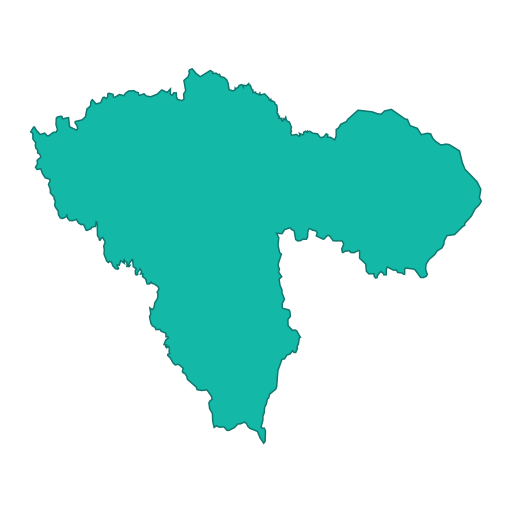 the district of 'Maoa-Mafubelu, Leribe, Lesotho
{"feature_id": "5366337B41194073686106", "entity_name": "'Maoa-Mafubelu", "entity_type": "district", "adm_level": 2, "iso_a3": "LSO", "parent_name": "Lesotho", "parent_adm1": "Leribe", "projection": "equal_earth", "projection_center": [28.202, -28.958], "detail": "fine", "context": "isolated", "style": "filled", "palette": "teal", "viewbox_px": 512, "rotation_deg": 0, "n_neighbors": 0, "source": "geoboundaries", "source_scale": "gbopen_adm2", "svg_char_len": 5969}
<svg xmlns="http://www.w3.org/2000/svg" viewBox="0 0 512 512"><path d="M481.3,201.3L479.4,197.8L480.8,189.3L477.0,181.7L464.9,169.2L462.2,162.3L459.5,150.9L449.2,144.6L446.1,144.1L440.8,145.0L435.4,141.2L432.8,138.4L430.6,133.8L427.4,133.3L421.2,134.6L417.3,128.3L410.1,125.7L407.4,119.4L405.2,119.1L391.4,109.4L384.7,110.9L381.2,114.2L378.0,113.9L372.0,111.8L358.0,110.2L347.8,119.4L346.4,121.6L340.8,124.2L338.5,128.0L336.2,129.5L336.2,136.1L334.6,139.9L330.6,137.3L327.5,137.2L327.8,134.7L326.2,133.8L323.8,136.9L321.2,137.6L319.8,137.0L317.5,133.8L312.6,133.2L310.0,131.3L308.5,131.9L307.6,131.0L306.7,132.3L305.6,131.2L303.8,132.1L303.4,134.2L302.7,134.9L299.4,133.3L300.0,135.7L299.2,136.3L296.3,134.4L291.9,135.4L290.5,132.7L291.5,131.3L290.8,129.2L291.5,127.4L289.4,122.1L286.7,120.8L285.7,117.2L284.6,119.5L283.2,118.6L283.1,120.7L282.5,121.1L281.5,120.1L281.2,118.3L279.0,118.3L279.4,116.2L277.9,115.4L278.1,114.1L276.9,112.9L277.4,110.5L276.8,105.3L275.0,104.0L274.7,102.3L272.2,100.8L271.1,101.1L270.8,99.2L269.3,100.0L268.7,98.1L264.7,93.9L260.1,95.0L259.8,93.1L258.7,94.5L255.9,93.3L255.5,92.1L252.9,92.6L253.0,90.2L251.9,89.6L250.3,85.2L248.8,84.8L248.7,83.6L246.5,85.7L243.6,85.3L243.3,86.9L242.7,85.2L241.4,84.6L239.2,85.4L238.4,87.0L235.7,88.9L235.2,88.2L235.1,89.7L233.1,90.9L229.1,89.7L228.1,83.3L226.7,79.9L224.0,77.4L220.5,76.7L219.5,74.3L218.1,74.7L216.2,73.2L212.7,73.4L212.8,72.1L210.3,70.5L200.3,76.7L196.0,73.4L192.2,68.8L189.6,69.8L188.9,71.1L189.4,73.3L188.0,76.9L183.9,80.5L185.7,90.7L183.6,94.0L184.0,99.0L182.0,100.6L177.5,99.4L176.4,96.7L176.3,92.9L173.7,92.8L172.2,95.3L170.3,94.3L170.5,88.9L167.1,92.4L161.8,89.9L157.2,94.2L150.6,96.8L146.3,96.0L144.0,93.8L139.7,95.3L138.9,95.0L138.2,92.6L135.5,91.9L134.2,90.7L128.6,91.0L125.7,93.1L123.8,95.7L119.4,94.5L114.5,97.5L113.4,96.7L113.0,94.4L109.0,93.2L107.7,94.0L107.8,96.5L106.4,98.6L104.4,97.2L103.0,97.5L100.6,102.8L96.0,103.9L92.4,99.7L91.7,100.3L90.8,102.1L90.5,106.0L87.0,108.9L85.4,116.9L82.0,119.9L75.3,121.5L75.1,122.8L77.0,125.7L77.7,128.4L76.6,130.1L69.6,126.8L68.5,117.6L62.5,118.8L62.0,116.6L61.0,116.2L57.4,117.0L56.3,118.2L56.0,124.7L57.5,129.5L56.2,132.1L53.2,132.4L48.7,135.8L47.2,135.8L44.7,133.1L40.2,134.5L36.0,129.8L34.6,127.1L33.6,127.1L30.7,131.9L32.8,133.4L32.9,138.9L35.8,142.9L35.3,145.1L35.8,148.1L37.8,150.5L37.6,152.9L39.8,154.2L40.9,157.1L37.1,160.3L37.5,163.9L35.5,167.2L37.0,169.5L40.7,168.8L42.5,173.6L45.2,177.8L49.8,179.3L50.0,180.8L48.5,184.5L50.4,189.6L50.3,192.8L54.4,197.5L54.1,199.0L55.3,200.9L54.7,204.9L55.2,206.8L58.2,211.2L58.5,214.8L60.3,217.9L62.1,218.5L63.9,218.0L66.0,216.8L66.8,215.2L67.7,218.4L69.7,220.6L72.6,220.7L76.4,219.4L78.5,223.0L81.2,224.7L82.7,224.2L83.9,225.1L86.2,230.3L87.1,230.4L91.0,228.7L91.8,227.2L95.4,226.4L96.1,221.7L96.9,222.3L97.2,224.6L97.5,235.6L99.2,238.2L99.3,239.9L100.0,240.3L101.7,237.8L102.7,237.5L105.2,242.0L103.7,246.2L104.3,249.5L104.0,253.9L106.5,260.6L107.5,261.9L108.5,262.5L109.6,261.3L111.5,262.3L112.8,265.7L115.4,268.7L117.9,269.2L118.6,268.3L117.0,265.8L117.1,264.6L119.3,265.3L120.6,260.7L124.3,263.3L123.6,260.8L124.2,259.7L125.0,261.7L126.5,261.8L127.2,264.5L126.8,266.4L129.1,266.6L130.0,265.3L128.8,265.3L128.6,264.3L132.1,259.5L132.6,259.6L133.3,266.7L136.3,268.8L135.2,270.9L135.6,274.5L136.5,275.0L137.8,274.2L137.5,272.5L140.1,268.9L141.6,271.7L140.5,274.0L142.9,273.8L142.6,276.6L145.6,279.0L147.1,283.9L149.6,283.9L151.0,282.0L152.0,283.4L154.1,283.8L158.1,286.7L159.0,289.1L157.1,292.2L157.9,293.7L157.8,296.8L157.3,298.8L154.8,302.7L154.0,307.4L152.4,309.7L149.8,307.9L150.8,313.7L149.5,316.8L151.0,323.6L152.4,325.8L154.9,327.2L155.9,329.6L160.0,329.4L161.1,331.2L165.9,333.2L166.0,336.9L167.9,336.5L168.4,337.8L165.7,340.1L164.0,344.6L166.7,345.2L165.6,346.3L166.5,347.8L168.5,346.4L169.3,348.1L169.1,352.1L169.8,353.6L167.7,354.4L167.7,355.4L170.3,358.0L173.2,363.1L175.3,365.0L177.8,364.3L179.2,364.8L183.2,368.3L182.4,371.6L183.2,372.9L184.8,373.4L186.8,376.4L187.4,379.3L196.4,387.2L197.1,389.7L201.7,390.5L207.0,389.9L211.5,396.4L212.2,399.5L210.1,400.7L208.9,402.8L209.6,408.6L212.4,413.5L212.7,420.9L214.1,427.4L216.6,425.8L219.3,427.2L224.1,426.9L226.8,430.2L228.6,430.5L234.4,427.6L237.9,423.9L240.2,423.9L244.6,422.1L246.8,423.9L247.7,426.1L249.9,428.4L257.4,431.3L260.1,437.9L263.7,443.2L265.1,441.4L265.5,430.9L264.2,428.1L262.9,428.4L261.0,427.2L262.9,420.2L262.9,416.2L264.2,412.9L264.6,407.3L266.4,403.9L267.3,399.1L268.7,397.9L269.5,394.3L275.7,389.2L276.6,386.9L277.9,370.6L282.0,359.2L284.6,358.9L286.8,355.1L290.0,354.0L292.6,350.7L294.0,352.5L295.7,352.5L297.5,348.4L297.0,346.6L298.4,344.1L299.3,337.7L300.4,337.4L296.7,330.9L295.1,330.0L292.6,330.4L288.1,325.7L287.9,319.4L290.4,316.4L289.9,311.4L289.0,309.9L282.9,308.4L282.2,307.5L282.3,303.4L284.5,299.2L282.0,293.0L281.9,289.7L280.0,285.4L279.1,279.1L281.7,276.7L278.6,272.1L279.5,268.8L278.4,266.7L278.1,264.3L281.4,254.0L279.6,252.6L278.0,245.1L278.8,237.7L276.5,233.2L282.0,233.7L284.6,229.6L290.2,227.7L291.4,229.4L294.2,230.9L295.7,239.5L297.6,240.9L300.4,240.7L303.2,239.1L306.4,239.3L307.5,237.2L307.8,231.9L308.9,228.9L309.8,228.6L312.8,230.3L315.6,230.7L317.3,232.7L316.3,235.9L322.7,239.0L324.0,239.1L327.3,235.5L329.4,235.6L333.2,240.8L342.0,240.9L343.5,243.4L343.4,245.1L341.7,248.9L342.3,252.1L342.9,252.6L345.0,251.3L349.3,250.7L350.7,252.5L353.9,252.7L358.8,250.4L359.6,251.2L359.6,258.2L365.7,264.0L366.4,271.3L368.9,273.9L373.9,273.7L374.3,276.5L375.6,278.0L377.0,277.7L377.6,275.3L380.7,271.5L383.2,273.3L384.0,274.9L386.3,274.7L386.3,269.7L387.2,266.9L393.3,270.1L396.4,270.1L397.7,272.5L401.8,272.9L404.0,274.4L404.7,274.1L404.6,269.7L405.5,268.0L413.7,269.1L415.1,269.9L420.6,277.4L423.2,277.6L426.1,276.4L427.3,274.4L425.6,269.3L426.1,264.1L429.2,259.3L434.5,254.8L437.2,250.9L442.0,247.9L443.9,244.1L444.2,240.8L447.0,235.6L454.5,234.6L462.5,226.7L464.7,225.3L464.7,223.4L471.4,216.0L475.0,209.0L479.4,204.6L481.3,201.3Z" fill="#14b8a6" stroke="#0f766e" stroke-width="1.5"/></svg>